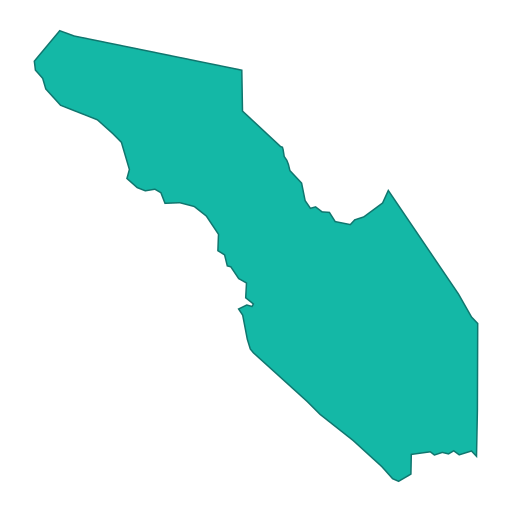 Santa Rita, Guam
{"feature_id": "77769853B26973637010941", "entity_name": "Santa Rita", "entity_type": "district", "adm_level": 2, "iso_a3": "GUM", "parent_name": "Guam", "parent_adm1": "", "projection": "albers", "projection_center": [144.67, 13.403], "detail": "fine", "context": "isolated", "style": "filled", "palette": "teal", "viewbox_px": 512, "rotation_deg": 0, "n_neighbors": 0, "source": "geoboundaries", "source_scale": "gbopen_adm2", "svg_char_len": 1195}
<svg xmlns="http://www.w3.org/2000/svg" viewBox="0 0 512 512"><path d="M398.6,481.3L410.9,474.1L411.3,454.4L430.3,451.8L434.4,455.0L442.3,452.4L448.5,453.9L453.7,450.8L459.2,454.8L471.5,451.0L476.5,456.3L477.4,410.2L477.7,323.5L471.5,317.0L458.5,294.1L388.3,190.5L382.6,203.0L363.8,216.9L354.8,219.8L350.3,224.6L335.2,221.6L329.4,212.4L322.1,211.9L315.6,206.9L310.4,208.3L305.1,200.6L301.6,183.1L289.9,170.6L288.4,164.4L286.8,160.3L284.2,156.5L283.1,149.6L282.4,147.2L280.6,146.6L278.9,145.0L242.5,111.1L241.8,70.2L74.1,36.0L59.7,30.7L59.4,31.1L38.7,55.9L34.9,60.5L34.3,61.2L34.5,62.6L34.9,65.8L35.4,70.1L35.5,70.2L37.0,71.9L42.7,78.4L45.8,89.0L60.6,105.3L97.4,119.8L112.9,133.7L121.4,142.3L129.4,169.5L127.6,176.1L126.9,178.5L137.2,187.6L145.3,190.8L154.9,189.2L160.9,192.7L165.0,203.3L179.8,202.7L192.8,206.1L194.4,206.6L206.3,216.0L218.5,234.3L218.5,235.2L218.4,236.5L217.9,250.7L224.6,254.9L227.3,265.9L230.8,266.8L238.7,278.6L246.5,283.0L245.7,297.8L251.2,302.2L253.4,304.0L252.0,306.5L246.8,305.0L238.6,309.0L242.7,315.2L247.3,339.2L250.3,349.0L253.4,352.8L307.0,401.3L320.2,414.5L352.9,440.3L381.8,466.6L392.6,478.7L398.6,481.3Z" fill="#14b8a6" stroke="#0f766e" stroke-width="1.5"/></svg>